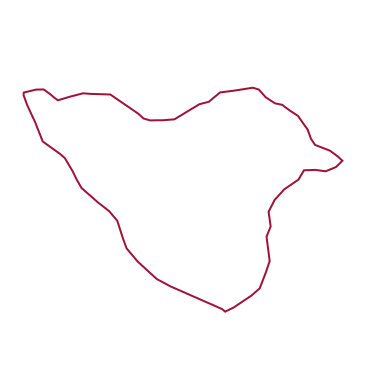 Quebracho, Cerro Largo, Uruguay, rotated 82°
{"feature_id": "84410073B4065456644538", "entity_name": "Quebracho", "entity_type": "district", "adm_level": 2, "iso_a3": "URY", "parent_name": "Uruguay", "parent_adm1": "Cerro Largo", "projection": "equal_earth", "projection_center": [-54.796, -32.593], "detail": "fine", "context": "isolated", "style": "outline", "palette": "rose", "viewbox_px": 384, "rotation_deg": 82, "n_neighbors": 0, "source": "geoboundaries", "source_scale": "gbopen_adm2", "svg_char_len": 985}
<svg xmlns="http://www.w3.org/2000/svg" viewBox="0 0 384 384"><g transform="rotate(82 192 192)"><path d="M315.1,175.8L312.2,166.9L302.9,147.7L296.9,138.4L281.8,130.0L271.2,124.7L246.6,124.4L237.1,118.9L222.2,118.9L211.4,111.3L202.2,100.3L194.5,84.8L186.1,78.1L187.3,66.7L190.1,56.8L187.3,45.9L182.0,38.7L177.4,42.4L170.3,49.6L162.5,63.6L155.6,66.9L146.5,68.7L138.8,72.7L131.3,76.5L124.8,84.0L118.2,90.6L115.7,97.5L108.5,105.8L99.9,111.5L97.2,117.2L97.5,135.8L97.3,150.3L105.0,162.8L106.1,172.5L117.6,199.3L116.9,210.7L116.1,216.6L115.3,223.4L112.5,229.7L106.9,234.4L84.1,259.3L80.6,279.4L79.1,286.1L80.6,299.4L82.5,312.0L79.9,314.8L75.6,318.6L69.8,324.6L68.9,332.0L70.1,344.7L72.7,345.3L83.1,343.1L101.5,337.5L121.2,332.8L127.8,325.9L135.8,317.5L140.7,313.2L155.1,307.2L163.6,304.5L172.7,300.8L189.1,286.7L199.6,276.6L210.1,270.0L229.6,266.6L238.8,264.6L253.3,255.5L273.3,239.0L282.3,226.7L301.0,196.5L312.1,178.5L315.1,175.8Z" fill="none" stroke="#9f1239" stroke-width="2"/></g></svg>